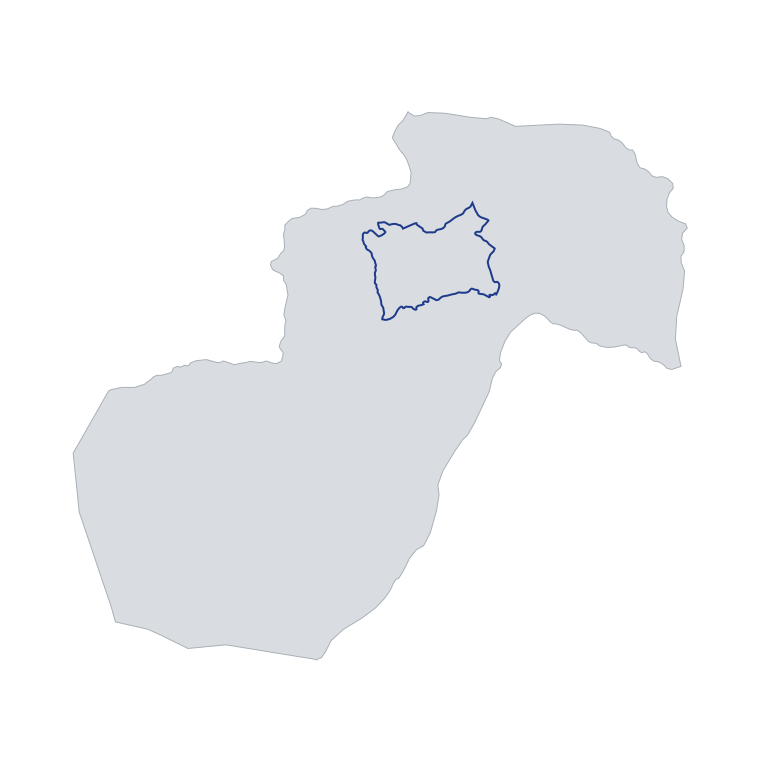 Paraguay, with San Pedro highlighted, rotated 265°
{"feature_id": "PRY-606", "entity_name": "San Pedro", "entity_type": "Department", "adm_level": 1, "iso_a3": "PRY", "parent_name": "Paraguay", "parent_adm1": "", "projection": "natural_earth1", "projection_center": [-56.605, -24.173], "detail": "fine", "context": "in_parent", "style": "outline", "palette": "blue", "viewbox_px": 768, "rotation_deg": 265, "n_neighbors": 0, "source": "natural_earth", "source_scale": "10m", "svg_char_len": 7886}
<svg xmlns="http://www.w3.org/2000/svg" viewBox="0 0 768 768"><g transform="rotate(265 384 384)"><path d="M402.3,135.3L403.7,140.9L404.5,145.2L406.7,148.2L408.8,152.2L410.9,154.5L412.4,158.3L412.0,162.6L412.9,168.1L414.0,172.9L415.0,174.2L418.1,175.4L419.6,179.8L418.5,182.0L419.0,184.5L420.1,187.0L419.1,189.4L419.6,191.2L421.7,192.8L423.6,198.9L423.8,209.2L421.7,214.8L420.0,219.3L419.6,222.1L420.9,226.1L418.8,230.9L416.2,236.8L416.9,240.8L417.3,244.6L417.5,248.6L418.2,252.4L417.4,256.4L416.5,260.0L416.1,264.0L417.2,268.6L415.3,272.9L414.2,275.9L413.8,278.9L415.7,283.7L420.6,285.7L424.4,286.2L428.0,283.7L430.8,282.9L435.9,285.2L440.5,289.3L446.5,289.8L451.8,290.5L455.8,291.8L461.7,290.3L467.9,291.8L475.1,294.1L481.0,296.1L487.0,295.6L491.4,295.3L496.1,293.0L500.5,293.3L503.9,289.3L505.8,285.7L507.5,283.2L512.4,281.2L515.8,282.4L518.5,289.0L523.4,292.8L525.3,295.6L528.9,296.8L536.8,297.1L541.6,296.8L547.1,298.9L550.7,298.9L553.9,302.4L556.9,306.7L557.3,314.5L560.0,320.6L563.6,322.8L565.5,326.6L564.9,331.9L563.2,337.2L563.4,343.0L565.3,348.3L565.3,353.6L566.5,358.9L569.1,363.5L569.9,370.8L569.5,376.1L571.1,379.2L571.8,383.5L570.7,387.0L570.3,391.8L570.5,396.1L571.7,399.6L575.5,404.2L576.6,412.2L576.6,417.8L578.2,424.4L581.4,427.4L586.5,428.4L592.4,429.4L599.5,427.9L605.9,426.1L609.5,424.4L616.5,419.6L622.6,416.8L625.8,415.0L628.7,413.8L634.8,416.8L640.5,420.6L644.9,425.9L653.1,431.7L651.5,433.1L648.2,437.9L648.3,443.5L650.6,451.5L648.4,468.4L641.9,494.4L639.3,509.5L640.4,513.7L638.0,521.3L629.2,537.5L628.8,548.5L627.6,581.3L624.6,604.5L619.7,621.6L615.2,630.7L611.1,631.9L608.2,634.6L606.5,638.9L603.2,642.5L598.4,645.4L595.8,648.6L595.4,652.1L590.8,654.3L582.1,655.3L577.0,658.0L575.4,662.6L572.5,666.1L568.2,668.8L566.1,673.2L566.3,679.4L563.8,684.6L558.7,689.0L553.9,689.2L549.5,685.0L543.7,682.2L536.3,680.9L530.2,681.9L525.3,685.4L520.9,690.9L517.2,698.4L512.9,699.7L508.3,694.6L502.4,693.1L495.3,695.1L489.7,694.4L485.4,691.0L479.0,690.6L470.3,693.3L452.6,690.2L425.9,681.5L403.4,678.2L375.7,681.4L373.4,672.3L374.8,667.4L379.3,663.7L382.1,659.6L383.2,654.9L386.3,651.4L391.3,648.9L393.5,646.4L392.7,643.9L393.8,641.7L396.7,639.8L398.3,636.8L398.7,632.6L399.8,630.6L401.7,629.0L401.9,626.2L400.8,617.3L400.9,610.0L402.3,604.4L404.0,601.0L405.2,600.1L406.3,598.1L406.7,594.7L408.5,591.5L417.3,584.9L420.7,581.4L420.9,578.2L422.3,573.8L427.5,564.4L429.1,560.0L429.2,557.7L431.1,555.5L437.4,550.2L440.8,545.3L441.4,540.7L439.8,535.4L436.2,529.6L424.9,514.9L416.1,508.2L404.8,502.7L397.4,501.0L393.8,502.9L390.2,501.4L386.5,496.4L380.4,492.5L367.3,488.2L337.7,471.0L325.8,462.8L321.8,457.6L310.7,448.5L292.5,435.2L278.6,428.8L268.9,429.2L253.3,425.3L231.9,417.2L219.5,409.4L216.1,401.8L208.2,394.3L195.6,386.7L189.1,381.6L188.6,379.2L184.8,376.1L177.9,372.2L170.2,365.6L161.8,356.2L152.8,341.7L143.1,322.1L132.9,308.9L122.0,302.1L116.5,297.5L116.5,295.3L114.9,293.2L116.3,289.4L120.0,274.5L125.5,252.9L131.2,230.5L137.9,204.1L137.8,185.4L137.6,165.7L147.4,149.5L154.4,137.9L160.4,127.0L166.4,108.2L170.4,95.7L186.2,92.8L212.9,86.2L226.3,83.0L254.4,76.2L283.0,69.2L313.1,68.8L342.1,68.3L364.7,83.9L381.9,95.8L400.9,108.9L402.2,111.7L403.5,122.7L402.3,135.3Z" fill="#d9dde1" stroke="#a8b0b8" stroke-width="1"/><path d="M556.7,487.9L549.2,490.1L544.1,492.4L542.8,493.6L541.8,494.8L539.0,500.9L538.5,501.8L537.9,502.3L537.4,502.0L534.4,499.0L532.3,496.3L531.8,495.9L531.4,495.7L528.5,494.5L527.9,494.0L527.4,493.5L527.3,492.9L527.2,492.3L527.3,491.7L527.5,490.5L527.5,489.7L527.2,488.8L526.4,488.0L525.8,487.9L525.1,488.3L524.5,489.0L524.0,489.8L523.6,490.8L523.2,491.7L522.7,492.7L521.8,493.7L519.1,495.4L518.4,496.1L518.0,496.9L517.7,497.7L517.2,498.5L516.6,499.2L514.7,500.4L514.0,500.9L509.4,506.1L507.0,505.0L506.7,504.7L506.4,504.5L504.0,501.6L502.9,500.8L497.0,498.1L496.0,498.0L491.7,498.6L488.2,499.7L478.1,501.7L477.3,502.0L476.8,502.3L476.2,502.7L476.0,503.0L475.9,503.2L475.8,503.7L475.8,504.1L475.8,504.4L475.9,504.9L475.9,505.2L475.9,505.5L475.8,505.9L475.4,506.3L474.7,506.9L473.4,507.4L472.3,507.5L471.1,507.3L468.9,506.6L464.7,504.5L463.6,503.6L464.5,503.3L464.8,502.8L464.5,502.2L463.8,501.3L463.2,500.4L463.2,499.7L463.4,499.0L463.6,498.1L463.4,496.9L463.0,497.0L462.4,497.4L461.9,497.3L461.3,496.6L461.3,496.2L464.6,491.2L465.6,486.9L465.8,486.3L466.5,486.0L467.1,486.1L467.6,486.4L468.4,486.3L469.4,485.5L469.7,484.3L470.0,482.9L471.4,479.8L470.9,478.6L469.9,477.7L469.1,477.1L468.6,476.1L468.2,475.2L467.9,474.1L467.9,472.6L468.1,469.5L468.7,467.0L468.8,466.3L468.1,464.4L467.8,463.3L467.1,457.8L466.6,455.6L466.2,450.8L466.0,449.9L465.3,448.4L464.8,447.6L463.6,446.2L463.3,445.6L463.1,445.0L463.0,444.0L463.0,443.5L463.1,443.2L463.3,442.8L464.5,441.3L465.0,440.1L466.1,438.6L466.7,437.1L465.7,435.6L465.1,435.4L462.8,435.6L462.2,435.3L461.9,434.7L462.0,433.9L462.4,433.2L462.8,432.0L462.3,430.6L461.3,429.9L460.0,430.4L459.4,428.5L459.2,426.5L458.9,424.6L457.8,423.0L457.1,422.9L456.3,422.9L455.5,422.8L455.2,422.2L455.4,421.3L455.8,420.6L456.3,420.0L456.5,419.6L456.8,419.4L458.2,418.3L458.5,417.5L458.7,415.2L459.1,412.9L459.1,412.3L458.9,411.9L458.4,411.4L458.0,410.9L457.8,410.2L458.0,409.6L459.1,409.1L459.5,408.4L459.5,407.6L459.2,407.0L458.2,405.7L456.3,403.9L451.7,401.0L449.9,398.9L448.3,395.5L448.1,394.5L448.0,393.6L447.7,392.0L447.7,391.1L447.9,390.3L448.4,388.8L448.6,387.9L450.2,388.2L451.0,388.6L451.3,388.7L451.6,388.9L453.2,389.9L453.5,390.0L454.3,390.2L454.7,390.3L458.9,389.9L459.1,390.0L459.6,389.9L460.3,389.8L461.5,389.2L462.6,388.6L463.1,388.4L463.8,388.3L466.8,388.3L471.3,387.5L474.1,386.5L474.6,386.2L474.9,386.0L475.1,385.8L475.5,385.6L476.0,385.6L476.6,385.7L477.1,385.8L477.6,386.0L478.1,386.0L478.5,385.9L479.8,385.3L480.7,385.0L481.3,384.9L482.9,385.0L483.5,385.0L483.9,384.8L484.3,384.5L484.9,383.9L485.3,383.8L485.8,383.7L487.4,383.9L490.6,384.7L494.3,384.5L495.2,384.6L495.9,384.7L497.4,385.6L498.0,385.7L498.9,385.7L500.6,385.5L501.3,385.5L501.9,385.7L502.3,386.3L502.9,386.3L503.8,386.2L505.9,385.7L506.8,385.6L507.4,385.6L507.9,385.4L510.7,383.8L513.3,383.1L513.8,383.1L514.2,383.2L514.6,383.2L515.1,383.1L516.6,382.3L517.5,381.4L518.4,380.6L518.9,379.7L519.7,378.6L521.7,377.7L522.4,378.2L522.7,378.1L523.2,377.8L523.9,377.2L525.4,376.3L526.6,376.0L528.0,375.8L528.7,375.6L529.3,375.2L529.6,375.2L530.6,375.5L531.4,375.7L534.1,375.8L535.1,376.1L535.6,376.5L536.1,377.0L536.4,377.5L536.6,378.0L536.5,378.4L536.4,378.9L536.0,379.7L536.0,380.1L536.0,380.5L536.3,381.0L537.4,382.0L537.7,382.3L537.9,382.8L538.1,383.3L538.2,383.8L538.2,384.0L538.2,384.4L538.0,384.9L537.6,385.5L537.1,386.2L531.8,391.0L531.5,391.4L531.6,391.9L531.7,392.6L532.0,393.6L532.5,394.9L533.7,397.1L534.5,398.1L535.1,398.6L535.4,398.6L535.8,398.4L536.8,397.5L537.2,397.2L537.9,396.8L538.3,396.5L538.5,396.2L538.7,395.7L538.8,395.0L538.7,393.9L538.8,393.5L539.1,393.2L539.6,393.0L543.5,392.1L544.4,392.1L545.1,392.2L545.2,392.5L545.2,392.9L545.1,393.7L545.0,394.7L545.2,397.5L545.2,398.0L545.1,398.4L544.7,399.5L544.3,400.1L543.6,400.9L542.2,403.0L542.1,403.4L542.1,403.7L542.4,404.9L542.6,406.8L542.6,408.7L542.5,409.2L542.4,409.6L542.1,410.4L541.0,412.7L540.7,414.0L540.4,414.4L538.3,416.1L537.7,416.4L537.2,416.5L541.1,428.1L541.4,429.8L541.3,430.4L540.9,430.3L540.7,430.2L540.5,430.3L540.2,430.4L539.9,430.6L539.0,431.6L538.1,432.8L536.7,434.4L535.9,435.6L535.6,435.8L535.3,436.0L533.7,436.4L533.4,436.5L533.1,436.7L532.9,437.0L531.6,438.8L531.4,439.2L531.1,440.4L531.2,442.1L530.8,445.6L530.8,447.1L530.9,448.1L532.3,449.4L532.6,449.8L532.9,450.5L533.1,451.4L533.3,453.9L533.6,455.0L533.9,456.0L534.3,456.7L534.7,457.3L535.3,457.9L535.8,458.3L536.4,458.6L537.6,459.0L538.1,459.3L538.4,459.7L538.7,460.2L540.1,463.5L543.4,468.7L544.8,471.8L545.7,474.9L546.4,476.6L547.1,477.7L549.0,479.0L550.0,479.9L551.3,481.4L551.8,483.1L552.3,484.2L552.7,485.0L553.3,485.7L556.7,487.9Z" fill="none" stroke="#1e3a8a" stroke-width="2"/></g></svg>